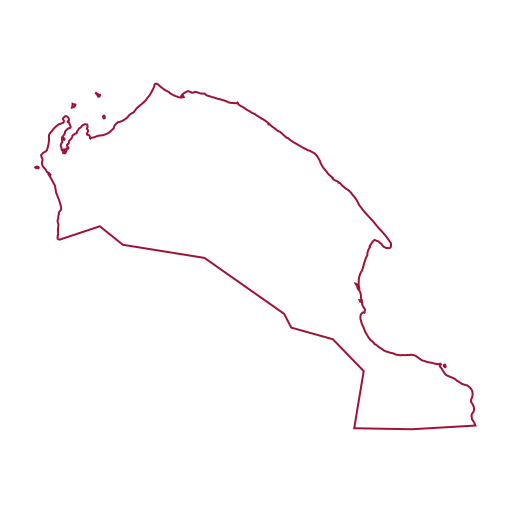 outline of South Bougainville District, North Solomons, Papua New Guinea, rotated 181°
{"feature_id": "67681753B57205815556164", "entity_name": "South Bougainville District", "entity_type": "district", "adm_level": 2, "iso_a3": "PNG", "parent_name": "Papua New Guinea", "parent_adm1": "North Solomons", "projection": "orthographic", "projection_center": [155.545, -6.496], "detail": "fine", "context": "isolated", "style": "outline", "palette": "rose", "viewbox_px": 512, "rotation_deg": 181, "n_neighbors": 0, "source": "geoboundaries", "source_scale": "gbopen_adm2", "svg_char_len": 6071}
<svg xmlns="http://www.w3.org/2000/svg" viewBox="0 0 512 512"><g transform="rotate(181 256 256)"><path d="M97.3,85.5L33.7,90.3L35.0,93.4L37.2,96.6L37.6,99.2L37.7,100.9L37.2,102.1L35.9,103.9L35.6,104.8L35.5,105.2L35.3,106.6L35.6,108.9L36.7,111.4L38.3,113.7L38.6,114.5L38.3,116.3L37.2,119.6L37.0,122.2L37.3,124.6L38.7,127.0L40.1,128.5L41.5,129.6L42.9,130.4L46.0,131.1L48.1,131.9L51.4,134.1L52.7,134.7L55.1,136.7L63.0,139.9L64.3,140.7L65.7,142.5L69.0,147.5L70.4,149.0L69.2,150.8L70.0,151.6L71.3,151.1L73.3,151.0L78.2,152.2L83.0,153.0L86.1,154.1L87.1,154.2L89.1,155.1L91.7,157.0L94.7,159.0L96.6,159.7L97.5,159.7L99.0,160.1L101.0,159.6L103.2,159.7L105.0,159.4L108.9,159.5L109.6,159.2L114.9,160.0L115.9,160.6L118.8,161.5L120.5,161.6L121.7,162.2L123.9,162.7L126.7,163.9L128.4,165.3L130.2,166.1L135.0,169.7L135.6,169.7L138.4,172.9L139.9,173.9L141.9,176.2L145.6,182.3L147.0,185.9L149.0,190.1L150.4,194.7L150.6,196.9L150.3,198.2L150.4,198.5L150.0,199.5L148.6,201.2L147.9,201.4L146.6,201.1L146.4,201.4L146.4,203.2L146.0,204.3L148.6,208.3L149.0,209.5L149.0,211.1L149.4,211.6L150.3,212.1L151.0,212.2L151.7,213.6L150.4,213.5L149.8,212.7L149.3,213.0L150.1,215.0L150.5,219.1L151.2,221.9L153.5,225.0L153.9,225.7L154.5,228.3L155.8,229.6L156.0,230.0L154.8,229.6L154.2,229.0L153.5,227.9L153.4,226.6L151.9,224.2L152.9,229.4L152.8,234.1L152.6,236.2L151.7,239.4L151.0,241.2L149.9,243.0L148.9,245.9L148.1,249.0L148.2,249.3L146.1,255.9L144.7,258.8L144.6,261.4L144.0,263.1L143.8,264.1L142.1,267.0L142.6,267.7L140.4,271.2L138.6,273.6L137.8,274.0L137.2,274.0L135.8,273.3L134.0,272.8L132.2,271.2L131.0,270.5L130.1,269.1L128.8,267.7L128.0,267.2L125.9,266.3L122.9,266.2L122.2,266.5L121.6,267.1L121.2,268.1L121.3,271.2L125.3,276.8L130.2,282.4L134.0,286.2L139.6,292.9L146.1,299.6L150.5,304.5L151.0,305.4L153.7,308.6L154.9,311.1L156.6,314.0L158.6,316.7L161.5,320.0L161.8,320.7L164.7,323.4L167.5,325.1L170.7,327.6L173.3,330.4L174.7,330.7L174.7,331.4L175.1,331.7L178.9,333.3L180.9,334.8L180.6,335.4L184.4,338.5L185.6,339.8L187.5,342.3L190.3,345.4L191.8,347.8L193.3,350.7L193.7,352.1L195.4,355.0L197.1,357.6L199.2,359.6L204.5,362.4L205.5,362.5L206.9,363.0L208.1,363.9L209.2,364.2L214.9,367.3L217.8,369.0L219.6,369.9L223.6,372.4L226.0,374.4L227.8,375.0L233.8,380.4L236.4,381.5L240.3,384.5L242.0,385.5L243.0,386.5L245.0,387.8L245.8,387.8L245.9,388.1L245.4,388.6L247.2,390.1L251.5,393.0L252.9,393.4L253.8,394.3L255.0,394.8L255.9,395.5L258.2,396.7L259.0,397.5L262.8,399.2L265.0,400.7L267.2,401.7L271.9,404.9L273.4,405.4L276.0,407.1L276.7,408.0L276.7,408.6L277.2,409.1L278.0,408.4L283.3,408.6L286.4,409.2L287.1,409.7L290.6,411.0L291.1,411.0L292.8,411.6L293.5,411.6L294.5,412.2L296.0,412.2L301.0,413.8L302.8,414.0L304.6,414.8L307.1,415.4L308.6,416.0L309.6,417.1L310.1,417.4L314.2,417.5L317.6,418.7L319.3,419.0L320.3,418.9L321.7,418.2L323.0,418.1L323.5,418.5L326.7,419.7L327.8,419.4L330.8,417.6L333.0,415.7L333.5,414.8L333.5,413.8L332.8,413.8L331.7,414.7L331.4,414.6L331.0,413.6L334.0,413.1L336.2,413.4L340.1,414.8L344.7,417.1L345.9,418.4L350.4,420.6L355.3,424.3L356.8,425.8L357.7,426.3L358.7,426.5L359.7,426.5L360.4,425.6L361.2,422.5L363.1,418.5L365.2,414.8L367.7,411.7L368.4,410.4L371.0,407.7L377.9,401.6L380.4,398.1L381.3,397.2L382.6,396.6L385.1,394.8L386.5,392.9L388.9,390.7L392.3,388.6L393.8,388.0L396.3,387.4L397.1,386.8L398.5,385.6L399.7,383.8L400.3,382.3L400.3,381.4L404.8,377.0L407.5,375.5L411.1,374.1L414.6,373.7L416.7,373.2L419.8,371.9L421.8,371.4L423.2,371.4L423.8,370.5L424.0,370.7L424.0,371.9L424.5,373.3L424.9,373.8L425.3,374.0L426.7,374.2L427.0,374.6L427.2,375.6L426.1,377.7L426.1,378.5L426.3,379.1L427.4,380.1L427.4,380.5L426.6,382.0L426.9,384.1L427.4,384.6L429.7,384.8L431.0,383.8L431.6,383.7L432.1,383.3L433.4,381.6L435.2,380.4L436.0,378.8L437.1,377.4L437.3,376.2L437.7,375.4L438.9,375.3L440.0,374.3L440.8,374.0L441.6,373.1L441.7,372.0L442.7,370.2L444.3,368.6L445.2,367.2L445.1,365.6L445.5,364.9L446.4,364.5L447.0,363.7L446.6,362.2L445.5,361.1L445.4,360.4L445.6,360.1L447.1,360.2L447.5,359.6L447.2,358.8L447.6,357.5L448.3,355.7L448.7,355.3L450.4,355.4L450.7,355.9L448.8,358.5L449.0,359.1L449.3,359.3L449.8,359.3L450.6,358.8L451.2,357.9L451.8,358.1L452.2,358.9L452.5,361.4L453.1,362.5L453.1,363.8L452.6,365.2L451.7,366.3L451.6,367.3L452.0,368.4L452.0,371.3L450.8,372.7L449.1,375.6L449.1,377.0L448.3,378.1L446.7,379.7L445.6,380.5L444.3,380.7L443.8,381.1L443.6,381.5L443.6,382.1L444.3,383.9L444.9,384.7L445.0,385.9L445.7,386.5L446.4,386.5L446.7,386.9L446.5,387.4L445.5,388.2L445.4,388.6L445.6,390.1L446.1,391.0L447.2,392.0L448.4,392.5L449.2,392.5L451.4,390.3L451.4,389.6L450.4,387.8L450.5,386.6L451.4,385.7L455.4,384.3L457.1,383.0L459.6,380.8L464.5,374.6L465.1,373.1L465.0,367.8L465.3,364.7L466.8,358.3L468.0,356.9L470.5,355.5L472.0,354.0L472.6,353.1L472.4,351.8L471.4,350.2L471.1,348.0L471.7,346.0L471.6,344.2L470.6,341.8L468.1,339.1L466.4,336.3L464.5,335.5L462.9,333.6L463.2,333.0L465.0,334.9L465.1,334.3L462.9,331.0L458.2,322.7L457.0,316.0L453.8,308.3L452.3,303.7L451.7,300.9L451.7,299.0L453.5,296.6L453.9,295.4L453.8,294.1L454.2,293.4L454.5,291.0L454.3,289.9L454.7,289.4L455.0,288.1L455.0,287.1L454.2,284.5L454.1,283.1L454.2,281.4L454.4,280.8L454.5,277.6L454.3,276.3L454.2,273.4L454.6,272.9L454.8,270.6L454.5,269.7L454.1,269.4L452.7,268.9L412.7,283.0L389.3,264.9L307.5,253.2L226.9,198.7L219.5,185.0L177.7,174.1L146.3,142.8L154.8,85.5L97.3,85.5ZM442.2,402.9L442.6,401.2L440.2,402.0L439.7,402.7L439.2,404.2L439.6,404.5L440.8,404.4L442.1,405.0L442.2,402.9ZM417.7,414.6L416.5,412.5L415.8,412.5L414.6,413.7L414.5,414.1L415.1,414.6L415.9,414.6L417.2,415.1L418.7,416.3L419.0,415.8L417.7,414.6ZM476.6,341.6L478.0,341.1L478.3,340.7L477.3,340.0L475.2,340.0L474.7,340.4L474.7,340.6L475.4,341.3L476.0,341.6L476.6,341.6ZM411.0,393.5L411.4,392.9L411.3,392.2L410.6,391.0L410.0,391.0L409.6,391.4L409.7,393.0L410.5,393.7L411.0,393.5ZM65.8,150.6L66.2,150.1L66.2,149.4L65.8,148.6L65.3,148.2L64.7,148.2L64.4,148.7L64.8,150.2L65.3,150.7L65.8,150.6ZM450.9,370.6L451.3,369.9L450.9,369.3L450.1,368.9L449.7,368.9L449.4,369.6L449.7,370.0L450.4,370.6L450.9,370.6Z" fill="none" stroke="#9f1239" stroke-width="2"/></g></svg>